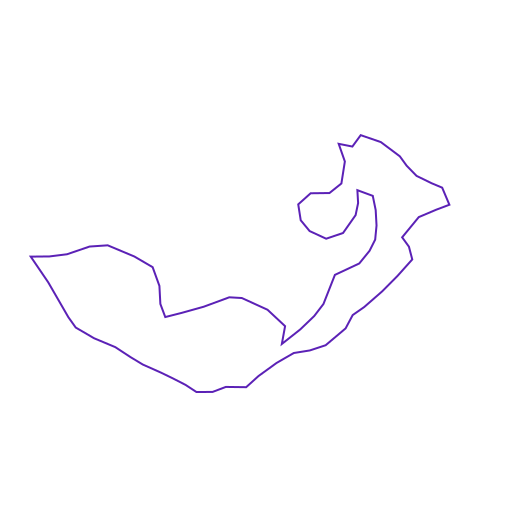 outline of Santalaris, Cyprus, rotated 240°
{"feature_id": "46923920B66935539070734", "entity_name": "Santalaris", "entity_type": "district", "adm_level": 2, "iso_a3": "CYP", "parent_name": "Cyprus", "parent_adm1": "", "projection": "natural_earth1", "projection_center": [33.807, 35.206], "detail": "fine", "context": "isolated", "style": "outline", "palette": "violet", "viewbox_px": 512, "rotation_deg": 240, "n_neighbors": 0, "source": "geoboundaries", "source_scale": "gbopen_adm2", "svg_char_len": 1128}
<svg xmlns="http://www.w3.org/2000/svg" viewBox="0 0 512 512"><g transform="rotate(240 256 256)"><path d="M311.8,383.7L293.4,380.2L276.1,366.2L273.8,351.1L283.0,334.7L279.6,318.4L264.6,312.6L250.8,314.9L235.9,325.4L232.4,342.9L241.6,362.7L250.8,370.9L262.3,376.7L249.7,387.2L235.9,382.6L222.1,375.6L210.6,367.4L203.7,356.9L197.9,341.7L200.2,314.9L180.7,290.4L174.9,276.4L170.3,257.7L166.9,234.4L180.7,246.1L203.7,239.1L226.7,222.7L233.6,212.2L238.2,185.4L243.9,163.2L248.5,146.9L262.3,149.2L278.4,157.4L298.0,160.9L316.4,150.4L339.4,132.9L347.4,116.6L352.0,93.2L358.9,76.9L368.1,60.6L337.1,62.9L318.7,62.9L296.8,62.9L284.2,64.1L265.8,74.6L247.4,88.6L231.3,96.7L218.6,103.7L202.5,115.4L192.2,122.4L179.5,130.6L168.0,136.4L160.0,150.4L157.7,164.4L147.3,181.9L150.8,198.2L153.1,220.4L153.1,228.6L153.1,240.2L147.3,255.4L143.9,271.7L148.5,297.4L156.5,310.2L157.7,324.2L162.3,347.6L168.0,368.6L174.9,389.6L187.6,393.1L199.1,391.9L208.3,416.4L206.0,435.1L203.7,449.1L222.1,451.4L231.3,444.4L245.1,435.1L258.9,431.6L270.4,430.4L292.2,421.1L308.3,407.1L302.6,394.2L311.8,383.7Z" fill="none" stroke="#5b21b6" stroke-width="2"/></g></svg>